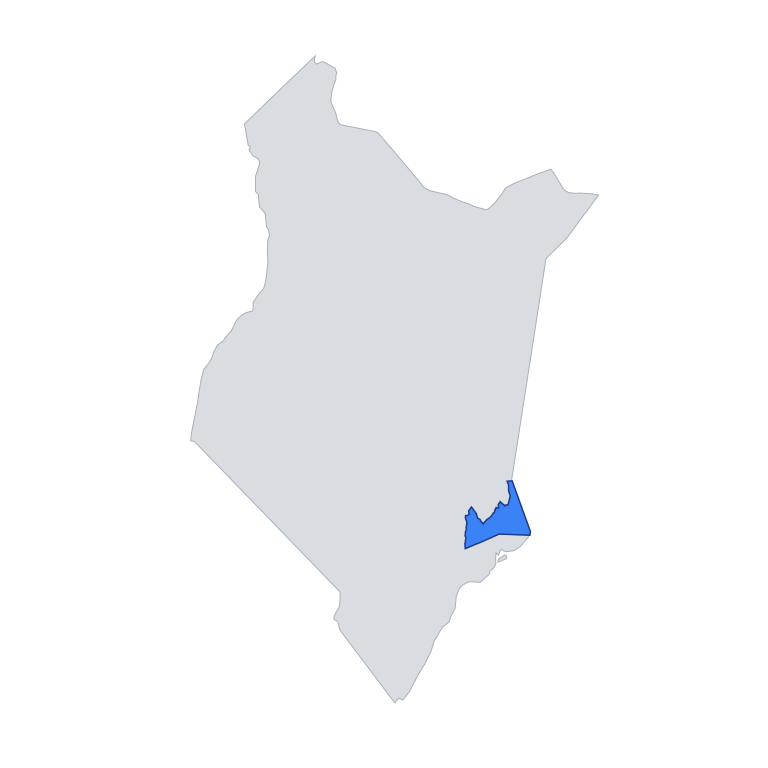 location of Ijara, North-Eastern, Kenya, rotated 9°
{"feature_id": "3690345B80004125723360", "entity_name": "Ijara", "entity_type": "district", "adm_level": 2, "iso_a3": "KEN", "parent_name": "Kenya", "parent_adm1": "North-Eastern", "projection": "equal_earth", "projection_center": [40.405, -1.432], "detail": "fine", "context": "in_parent", "style": "filled", "palette": "blue", "viewbox_px": 768, "rotation_deg": 9, "n_neighbors": 0, "source": "geoboundaries", "source_scale": "gbopen_adm2", "svg_char_len": 7333}
<svg xmlns="http://www.w3.org/2000/svg" viewBox="0 0 768 768"><g transform="rotate(9 384 384)"><path d="M201.8,470.3L201.6,459.8L202.7,433.1L202.6,409.6L203.6,397.9L207.9,390.4L209.9,385.0L211.3,377.5L213.6,371.3L218.7,366.3L219.6,363.6L225.0,355.2L228.2,344.4L230.7,340.8L233.7,337.4L235.9,335.6L239.4,333.8L242.2,332.8L242.7,332.0L243.0,330.2L242.0,323.6L243.2,321.4L245.1,316.9L247.3,312.8L249.3,310.1L250.4,307.4L250.9,302.7L251.0,299.4L250.9,294.0L250.3,281.6L248.1,271.3L246.7,259.8L247.7,256.0L245.9,249.2L245.0,248.8L243.5,247.3L241.7,241.0L240.3,235.1L239.4,233.7L233.3,228.6L230.3,216.6L226.9,213.9L225.0,202.0L224.7,198.6L226.6,186.7L226.5,183.9L224.4,181.4L218.7,178.9L214.0,173.9L214.6,172.2L215.0,170.5L212.5,169.3L205.5,148.9L214.7,136.7L224.0,124.3L235.9,108.6L246.8,94.3L256.3,81.8L264.7,70.7L264.5,72.9L264.5,75.7L265.5,77.4L267.2,78.6L269.6,77.3L271.8,75.6L273.8,75.2L286.4,79.9L288.5,83.9L288.3,88.2L288.9,91.3L287.9,94.5L286.8,104.0L287.1,112.8L290.9,119.3L294.2,124.3L296.9,131.5L298.9,133.7L301.6,134.8L310.3,135.1L323.1,135.6L335.4,136.0L336.6,136.2L339.2,137.2L350.5,146.8L360.9,155.6L369.7,163.3L378.3,170.8L386.6,178.0L393.0,184.0L399.4,185.9L409.7,186.7L416.8,187.0L423.4,189.6L433.2,191.9L440.6,193.1L445.0,194.5L457.3,195.9L459.3,195.1L464.7,188.4L470.8,177.6L473.2,171.6L481.0,165.6L494.8,157.4L504.5,151.5L515.3,145.7L520.2,150.7L527.0,158.9L530.0,162.9L532.4,164.7L536.1,165.9L540.6,165.9L543.0,165.8L548.0,164.7L559.7,163.7L566.4,163.8L560.7,174.6L554.0,187.6L541.6,211.5L532.2,224.1L525.1,233.6L524.4,235.3L524.4,245.9L524.5,271.9L524.7,323.7L524.8,375.6L525.0,427.5L525.0,453.4L525.1,462.1L531.3,473.0L537.5,483.7L545.5,497.8L549.9,505.3L550.6,507.9L550.4,512.9L543.7,523.5L538.3,528.3L530.9,530.6L528.7,530.1L525.8,528.6L524.7,531.2L523.8,535.1L522.2,534.3L521.0,533.1L521.7,540.1L522.5,543.6L521.4,548.3L517.8,552.4L517.5,555.8L509.8,564.9L498.8,565.9L493.1,570.3L490.5,574.0L488.6,582.1L489.3,594.4L486.2,603.9L485.6,608.6L480.0,614.8L477.5,620.4L475.6,626.2L474.0,628.7L472.1,641.5L469.5,649.3L468.8,651.9L468.1,654.3L466.1,658.9L464.8,662.0L463.8,664.1L457.1,684.1L452.0,693.1L447.9,692.1L445.2,695.6L444.9,697.3L443.4,696.3L440.0,693.0L433.0,686.2L426.0,679.4L419.0,672.6L412.0,665.8L405.0,659.1L398.0,652.3L390.9,645.5L383.9,638.7L379.8,634.7L378.0,632.3L376.6,627.6L375.9,626.5L374.0,625.0L371.8,624.7L371.2,623.8L371.2,621.5L372.0,618.2L374.5,612.0L374.8,608.3L374.3,604.2L373.5,597.5L372.8,596.0L368.1,592.5L358.4,585.2L348.6,577.9L338.9,570.5L329.2,563.2L319.4,555.9L309.7,548.6L299.9,541.2L290.2,533.9L280.4,526.6L270.7,519.3L261.0,512.0L251.2,504.6L241.5,497.3L231.7,490.0L222.0,482.7L212.2,475.3L208.6,472.6L205.3,470.3L201.8,470.3ZM525.8,541.4L524.1,542.0L525.0,538.4L530.0,533.9L532.0,534.9L532.4,536.0L532.3,536.9L531.4,537.8L525.8,541.4Z" fill="#d9dde1" stroke="#a8b0b8" stroke-width="1"/><path d="M485.1,501.2L485.1,501.4L485.2,501.5L485.2,502.2L485.3,502.4L485.3,502.5L485.3,502.8L485.4,503.1L485.4,503.3L485.4,503.5L485.5,503.7L485.6,504.0L485.7,504.4L485.8,504.5L485.9,504.8L486.0,505.0L486.2,505.3L486.3,505.5L486.5,505.7L486.6,505.8L486.7,506.0L486.9,506.2L487.0,506.4L487.1,506.6L487.2,506.8L487.2,507.0L487.3,507.2L487.3,507.3L487.4,507.6L487.4,507.9L487.5,508.3L487.6,508.7L487.6,509.1L487.6,509.4L487.7,509.9L487.7,510.3L487.7,510.6L487.6,511.1L487.6,511.5L487.6,512.1L487.6,512.3L487.6,512.5L487.6,512.9L487.6,513.1L487.6,513.4L487.7,513.5L487.8,513.8L487.9,514.1L488.0,514.3L488.1,514.5L488.1,514.8L488.1,515.1L488.1,515.3L488.0,515.6L487.8,516.1L487.7,516.3L487.7,516.5L487.6,516.8L487.6,517.0L487.6,517.6L487.6,517.9L487.6,518.1L487.6,518.3L487.7,518.7L487.8,519.4L487.8,519.6L487.8,519.8L487.8,520.1L487.8,520.4L487.8,520.7L487.8,520.9L487.9,521.0L487.9,521.3L488.0,521.4L488.0,521.6L488.2,521.8L488.4,522.0L488.5,522.2L488.6,522.5L488.8,522.8L488.8,523.0L488.9,523.3L489.0,523.5L489.0,523.8L489.0,524.0L488.9,524.7L488.9,525.0L488.9,525.7L489.0,526.7L489.0,526.9L489.0,527.3L489.0,527.7L489.0,528.0L489.0,528.3L488.9,528.5L488.9,528.9L488.9,529.0L488.9,529.3L488.9,529.5L489.0,529.6L489.1,529.9L489.2,530.0L489.3,530.4L489.3,530.5L489.4,530.8L489.4,531.1L489.4,531.3L489.3,531.5L489.4,531.8L489.5,531.9L489.5,532.0L489.6,532.3L489.7,532.5L489.8,532.7L489.9,533.0L489.9,533.3L490.0,533.5L490.0,533.9L490.3,533.8L490.9,533.4L491.8,532.8L492.0,532.7L492.5,532.4L493.3,531.9L493.6,531.7L494.0,531.4L494.6,531.0L495.3,530.6L495.6,530.4L496.8,529.7L497.0,529.5L497.3,529.4L498.8,528.4L500.6,527.4L502.6,526.2L503.2,525.9L504.2,525.3L506.1,524.0L510.1,521.4L512.1,520.2L513.0,519.5L514.0,519.0L514.2,518.8L516.7,517.1L517.7,516.5L518.6,515.9L518.9,515.7L519.3,515.4L519.6,515.2L520.0,515.0L520.6,514.6L520.8,514.4L521.1,514.2L523.6,513.9L524.0,513.9L526.8,513.5L528.2,513.3L529.5,513.2L533.5,512.7L537.2,512.3L541.5,511.8L546.3,511.2L548.3,511.0L550.4,510.7L551.7,510.6L551.7,507.0L551.7,506.9L551.6,506.7L536.1,478.5L531.0,469.2L525.7,459.6L521.1,460.7L520.9,460.7L521.0,460.9L521.1,461.2L521.3,461.6L521.4,461.8L521.5,462.0L521.7,462.4L521.9,462.7L522.2,463.2L522.5,463.7L522.6,463.9L522.7,464.2L522.8,464.4L522.9,464.6L523.0,465.2L523.1,465.6L523.2,465.9L523.2,466.2L523.2,466.6L523.3,466.9L523.3,467.3L523.4,468.0L523.5,468.5L523.6,468.9L523.7,469.4L523.9,469.9L523.9,470.1L524.1,470.6L524.1,470.8L524.5,471.2L524.5,471.4L524.6,471.6L524.7,471.8L524.8,471.9L524.8,472.0L525.0,472.4L525.0,472.6L525.5,473.5L526.2,474.6L526.2,474.9L525.4,483.9L522.8,484.6L522.7,486.2L522.6,485.9L522.5,485.7L522.3,485.5L522.2,485.3L522.1,485.2L517.1,482.0L517.0,482.4L516.9,482.6L516.8,483.1L516.7,483.2L516.7,483.3L516.5,483.6L516.4,483.7L516.3,484.0L516.1,484.2L516.0,484.4L515.9,484.5L515.8,484.8L515.8,485.0L515.7,485.3L515.8,485.5L515.8,485.8L515.8,486.0L515.9,486.3L516.0,486.6L516.1,486.8L516.2,487.1L516.2,487.4L516.4,487.7L516.4,488.0L516.6,488.3L516.4,488.5L516.2,488.5L515.9,488.7L515.6,488.8L515.4,488.8L515.2,488.8L514.9,488.8L514.7,488.7L514.4,488.5L514.2,488.4L514.2,488.6L514.1,488.8L514.0,489.0L513.9,489.2L513.8,489.3L513.8,489.5L513.7,489.6L513.7,490.0L513.6,490.4L513.6,490.6L513.3,490.9L513.2,491.1L513.2,491.3L513.2,491.6L513.2,492.2L513.2,492.4L513.2,492.5L513.1,492.9L513.1,493.0L513.1,493.3L513.1,493.5L512.9,493.8L512.7,493.9L512.6,494.0L511.9,494.7L511.9,494.9L511.8,495.0L511.8,495.3L511.7,495.4L511.7,495.5L511.5,495.9L511.4,496.0L511.2,496.5L511.0,496.9L511.0,497.1L510.9,497.3L510.7,497.5L510.6,497.8L510.4,498.0L510.1,498.3L509.8,498.8L509.7,498.9L509.6,499.1L509.5,499.3L509.3,499.4L509.0,499.7L508.9,499.8L508.5,500.2L508.1,500.6L507.9,500.8L507.8,501.0L507.6,501.1L507.4,501.2L507.2,501.3L506.9,501.8L506.6,502.0L503.7,506.7L503.4,506.4L503.4,506.2L503.2,505.8L503.1,505.7L502.9,505.6L502.7,505.5L502.5,505.4L502.4,505.3L502.2,505.2L501.9,505.1L501.7,505.0L501.5,504.9L501.4,504.8L501.3,504.6L501.2,504.5L501.1,504.4L500.9,504.0L500.9,503.8L500.8,503.7L500.6,503.5L500.5,503.4L500.4,503.2L500.2,503.0L500.1,502.8L500.0,502.7L499.9,502.7L498.7,502.3L497.4,501.7L497.2,501.4L497.1,501.2L496.9,500.9L496.9,500.7L496.7,500.3L496.6,500.1L496.4,499.7L496.1,499.1L496.0,498.8L495.7,498.3L495.6,498.1L495.6,497.9L495.3,497.4L491.3,493.5L491.2,493.3L490.0,492.2L489.6,491.8L487.5,496.0L487.4,496.3L488.5,499.5L486.7,500.8L486.5,501.0L486.4,501.0L486.2,501.1L485.9,501.1L485.6,501.1L485.1,501.2Z" fill="#3b82f6" stroke="#1e3a8a" stroke-width="1.5"/></g></svg>